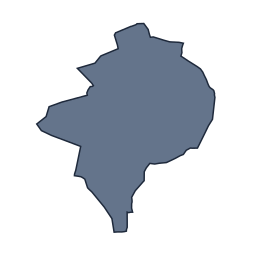 the district of Ezeagu, Enugu, Nigeria, rotated 263°
{"feature_id": "59680162B4656907626813", "entity_name": "Ezeagu", "entity_type": "district", "adm_level": 2, "iso_a3": "NGA", "parent_name": "Nigeria", "parent_adm1": "Enugu", "projection": "orthographic", "projection_center": [7.222, 6.418], "detail": "fine", "context": "isolated", "style": "filled", "palette": "slate", "viewbox_px": 256, "rotation_deg": 263, "n_neighbors": 0, "source": "geoboundaries", "source_scale": "gbopen_adm2", "svg_char_len": 1513}
<svg xmlns="http://www.w3.org/2000/svg" viewBox="0 0 256 256"><g transform="rotate(263 128 128)"><path d="M174.4,209.0L177.8,207.1L180.4,204.3L183.1,201.0L187.4,195.7L192.9,189.3L194.8,190.1L196.2,190.7L198.2,190.8L200.4,191.0L203.7,192.4L205.4,193.3L206.8,189.2L208.4,180.0L210.8,174.2L212.8,169.8L215.3,164.2L215.3,161.3L218.1,160.7L223.4,160.0L229.8,156.4L230.0,154.3L230.4,149.6L229.9,149.1L229.5,148.2L228.4,143.5L228.5,143.3L224.0,127.3L221.9,125.8L211.7,127.6L207.9,127.9L203.1,110.7L202.7,109.6L196.4,103.1L195.5,97.8L193.4,85.0L176.9,97.5L174.2,98.8L173.6,97.6L173.7,95.6L170.7,93.0L167.8,91.4L165.5,91.6L161.8,65.5L158.8,52.3L149.3,48.1L143.1,37.9L136.0,41.7L130.0,51.1L115.5,78.8L92.4,71.0L90.5,70.1L88.7,69.3L87.2,69.0L86.1,73.0L85.3,75.5L84.1,77.1L82.5,78.9L73.6,80.6L72.2,81.6L69.0,84.3L52.4,94.8L40.0,101.0L26.3,101.5L26.1,105.5L25.6,109.0L25.6,111.8L25.8,113.8L27.4,114.1L29.5,115.1L32.7,115.5L44.6,116.9L43.9,118.3L44.1,120.4L43.9,122.3L48.0,121.8L52.5,122.4L54.0,123.0L55.8,123.2L58.8,123.2L64.9,127.6L72.9,136.6L73.7,137.6L82.6,138.8L86.2,141.3L90.2,145.3L89.0,150.1L89.2,155.0L89.0,161.9L90.5,166.5L92.2,171.5L94.2,176.5L95.0,179.7L98.8,183.1L100.5,187.4L100.1,189.5L99.6,194.3L99.6,194.5L102.6,196.5L109.0,200.7L114.5,204.3L120.4,208.1L126.3,212.9L134.3,214.8L147.8,218.0L150.3,217.8L151.6,218.1L153.3,217.9L154.7,217.7L155.8,216.9L157.9,214.5L159.1,213.7L160.4,213.2L162.5,212.6L162.9,212.5L166.4,211.7L170.9,210.1L174.4,209.0Z" fill="#64748b" stroke="#1e293b" stroke-width="1.5"/></g></svg>